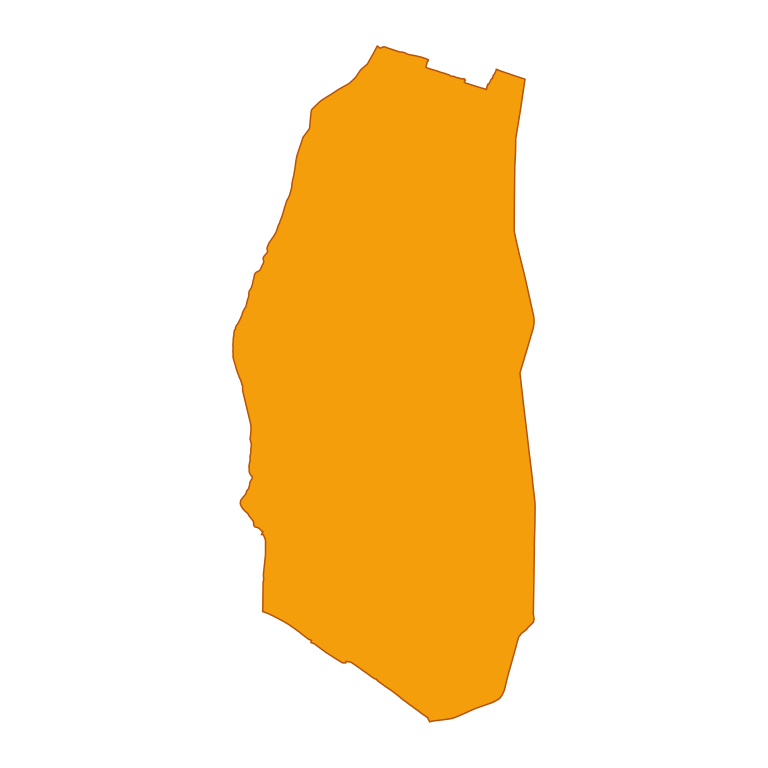 Landsmeer, Noord-Holland, Netherlands
{"feature_id": "6326949B31825522291609", "entity_name": "Landsmeer", "entity_type": "district", "adm_level": 2, "iso_a3": "NLD", "parent_name": "Netherlands", "parent_adm1": "Noord-Holland", "projection": "mercator", "projection_center": [4.917, 52.451], "detail": "fine", "context": "isolated", "style": "filled", "palette": "amber", "viewbox_px": 768, "rotation_deg": 0, "n_neighbors": 0, "source": "geoboundaries", "source_scale": "gbopen_adm2", "svg_char_len": 5996}
<svg xmlns="http://www.w3.org/2000/svg" viewBox="0 0 768 768"><path d="M519.0,636.6L520.5,634.6L521.5,633.3L526.4,629.7L528.1,627.4L533.2,622.5L534.1,619.2L533.3,613.8L533.4,608.7L533.9,581.0L534.2,556.7L534.4,548.5L534.3,545.2L534.5,537.7L534.9,524.9L535.1,507.5L535.0,503.1L534.1,494.5L533.0,485.5L532.0,475.5L529.1,451.8L527.0,433.5L524.3,411.2L520.0,373.5L520.1,372.4L520.6,370.7L527.6,347.4L533.1,328.6L533.5,326.7L533.8,324.8L534.1,322.4L534.0,319.2L533.6,315.9L532.9,312.8L525.9,281.2L524.6,275.5L519.2,253.7L515.9,239.3L514.2,231.0L514.2,226.7L514.4,200.1L514.8,166.0L515.5,153.2L515.7,143.6L515.7,139.7L515.7,138.7L516.4,134.7L520.7,108.3L525.0,79.2L516.5,76.4L498.6,70.3L497.9,69.7L496.3,69.3L496.2,70.2L494.9,73.1L494.6,73.7L493.0,75.9L492.9,76.4L493.0,76.8L492.8,77.5L492.8,77.9L492.5,78.4L492.0,78.3L491.3,79.1L490.8,79.9L490.6,80.6L489.6,82.3L489.5,82.7L488.5,84.5L487.8,84.3L486.8,87.0L486.9,87.5L486.4,88.8L486.5,88.9L486.2,89.0L486.0,89.4L485.8,89.2L484.8,89.0L483.2,88.4L480.7,87.8L471.2,84.8L469.1,84.1L468.5,83.9L466.0,83.2L464.7,82.6L464.4,82.3L464.4,82.0L464.4,81.5L464.6,81.1L465.3,80.6L465.4,80.3L465.3,80.0L464.3,78.9L463.9,78.6L463.6,78.6L463.0,79.0L462.7,79.0L456.3,77.4L455.7,77.2L455.2,76.9L453.4,76.2L453.1,76.2L452.5,76.5L451.5,76.2L450.9,76.1L448.7,74.7L447.8,74.5L445.1,73.5L440.8,72.3L437.9,71.3L436.9,70.8L436.2,70.8L434.6,70.2L431.3,69.3L426.5,67.7L426.1,67.4L426.0,67.1L426.3,65.4L426.9,63.6L426.7,63.4L427.1,62.3L427.5,61.4L427.7,61.2L427.9,61.2L428.2,60.9L428.2,60.6L428.3,59.7L427.2,59.3L426.0,58.7L424.6,58.3L422.2,57.4L416.6,56.0L414.2,55.5L412.8,55.3L412.1,55.1L409.8,54.8L406.4,53.8L405.6,53.1L405.0,52.8L402.2,52.1L401.6,52.0L400.3,52.0L399.8,52.0L387.7,48.0L385.0,46.9L384.7,47.0L384.3,47.1L383.5,46.8L383.2,46.8L382.4,47.2L381.2,47.9L380.9,47.9L379.5,47.8L379.1,47.8L378.5,46.9L377.2,46.1L373.6,53.0L367.4,63.9L367.0,64.4L360.8,69.7L360.4,70.2L355.7,77.2L353.5,79.5L350.2,82.5L349.2,83.4L347.5,84.4L344.4,86.1L338.6,89.4L333.8,92.5L331.0,94.4L328.3,96.0L322.1,99.9L319.6,101.9L312.2,109.0L311.6,109.9L311.3,110.7L311.0,112.8L310.4,118.7L309.7,127.0L309.5,128.0L309.2,128.9L305.3,134.3L303.1,137.1L301.0,143.5L297.0,155.4L296.3,158.9L295.8,161.7L295.1,167.4L293.8,175.2L293.0,178.7L292.1,182.6L291.7,187.1L291.0,190.2L290.3,192.6L289.5,195.2L288.4,197.8L287.6,199.1L286.8,200.5L284.3,208.4L283.0,213.2L282.0,216.3L281.6,217.3L280.7,219.5L280.2,220.9L279.5,223.1L278.7,224.5L278.2,225.6L276.9,229.9L276.5,231.0L275.8,232.6L273.9,235.9L271.2,239.7L270.6,240.8L269.8,241.7L269.2,242.6L267.9,245.5L267.2,247.4L267.1,247.8L267.0,248.2L267.0,249.2L267.1,249.5L267.4,250.4L267.6,251.4L267.5,252.2L264.3,255.9L263.5,257.1L263.2,257.8L263.1,258.2L263.1,258.8L263.3,259.8L263.7,260.9L263.7,261.1L263.7,261.8L263.1,263.8L261.7,266.2L261.2,267.4L260.5,269.2L260.3,269.6L259.8,270.3L259.6,270.5L256.2,272.3L255.6,272.8L255.3,273.3L254.8,274.0L254.5,274.4L254.0,277.6L253.1,280.9L252.6,283.6L252.3,284.7L251.5,287.2L250.7,288.8L249.4,290.7L249.3,291.1L248.9,292.3L248.8,294.9L248.6,296.7L248.3,297.7L247.5,299.9L247.1,301.5L245.9,306.7L245.2,307.6L244.9,308.2L244.2,309.2L244.0,309.7L243.3,311.0L242.5,312.7L242.0,314.8L241.7,315.7L241.0,317.1L240.3,318.9L239.0,321.3L238.8,321.9L237.9,323.7L236.4,325.5L236.1,326.1L235.6,327.4L235.6,328.3L235.6,328.6L235.4,328.9L235.1,329.2L234.5,330.1L234.4,330.5L234.2,331.6L234.0,332.6L233.9,334.2L233.3,338.5L232.9,345.7L233.1,348.3L232.9,351.7L233.1,353.5L233.0,356.1L233.1,357.6L233.4,358.8L235.6,366.2L236.1,368.3L237.5,372.4L239.9,378.8L240.7,379.8L240.8,380.1L240.9,381.0L241.0,381.6L241.5,382.6L241.7,383.2L241.8,384.2L241.9,384.6L242.5,385.6L242.6,386.0L242.5,387.3L242.8,391.4L249.8,420.5L250.7,424.3L250.9,425.6L251.0,430.1L250.5,435.9L250.3,436.9L250.2,437.5L250.0,439.1L250.1,439.6L250.4,440.3L250.8,442.1L251.1,442.8L251.3,444.1L251.3,445.0L251.2,446.7L250.8,449.0L250.8,449.6L250.9,451.7L250.8,452.6L250.7,453.4L250.0,456.2L250.0,457.0L250.1,459.4L250.1,460.2L249.5,463.2L249.1,465.1L248.9,466.6L248.9,466.9L249.2,467.4L249.2,468.0L249.1,469.6L249.2,471.6L249.3,472.1L249.5,472.7L250.7,475.1L251.5,476.0L252.2,476.6L252.3,476.9L252.2,477.3L252.1,478.2L251.9,478.8L251.2,479.9L249.9,482.3L249.4,485.8L248.9,487.5L248.6,488.6L247.9,489.5L247.0,490.5L246.8,490.9L245.7,494.0L245.2,494.7L241.1,499.7L240.8,500.5L240.5,501.3L240.4,502.0L240.3,502.7L240.3,503.8L240.9,505.5L241.8,507.2L242.3,508.0L242.8,508.7L244.6,510.7L245.5,511.6L247.5,513.2L248.0,513.8L248.7,515.3L250.0,517.0L252.5,520.2L253.3,521.5L253.7,522.2L253.7,522.6L253.6,523.7L253.6,524.4L253.7,525.0L253.9,525.5L254.5,526.5L255.2,527.0L257.7,527.6L258.7,528.1L259.6,528.8L261.9,531.2L263.0,532.0L262.4,532.7L261.7,533.9L261.5,534.6L263.1,534.6L263.9,536.0L264.4,537.1L264.9,538.4L265.5,540.6L265.5,554.6L263.4,574.4L263.5,576.8L263.7,579.7L263.6,580.0L263.1,582.0L263.1,582.9L262.8,608.4L262.7,611.6L267.3,613.2L272.0,615.4L279.1,619.0L283.8,621.6L288.4,624.3L298.9,631.7L302.3,634.5L308.6,639.3L311.5,640.4L310.9,642.5L314.6,643.9L319.5,647.7L326.5,652.8L336.5,659.2L342.1,662.6L342.7,662.9L345.2,662.9L345.5,663.0L345.8,662.9L346.1,661.4L347.7,661.7L350.2,662.0L351.5,662.5L352.8,663.5L354.5,664.5L356.8,666.2L360.2,668.5L362.1,670.0L364.3,671.5L365.8,672.6L368.4,674.4L372.0,677.1L373.1,677.7L375.1,679.0L376.1,679.0L376.5,679.4L376.6,679.9L377.3,680.0L377.9,681.0L378.4,681.5L379.5,682.2L380.4,682.9L381.4,683.5L384.5,685.9L391.8,690.8L400.3,697.4L400.8,698.0L402.4,699.1L402.5,699.4L402.7,699.6L404.0,700.4L409.7,704.7L411.9,706.2L413.5,707.5L414.9,708.4L416.1,709.4L417.6,710.3L419.6,711.9L420.4,712.6L421.8,713.6L422.9,714.4L425.3,716.0L425.7,716.3L427.4,717.6L428.0,717.9L428.1,719.0L429.8,721.9L430.5,721.6L431.9,721.2L434.4,720.8L443.8,719.7L449.6,718.9L452.9,718.2L457.9,716.3L475.6,708.4L491.7,702.8L494.7,701.4L496.9,700.2L499.0,698.9L499.5,698.5L501.5,696.0L502.1,695.0L503.3,692.7L504.3,690.2L504.9,688.0L507.4,677.5L508.1,674.9L516.0,646.8L517.2,642.0L518.5,637.7L519.0,636.6Z" fill="#f59e0b" stroke="#b45309" stroke-width="1.5"/></svg>